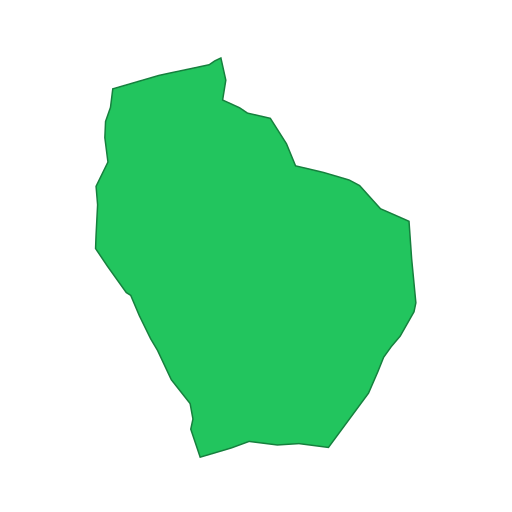 the district of Mandax, Dornogovi, Mongolia, rotated 350°
{"feature_id": "93677404B77969966506985", "entity_name": "Mandax", "entity_type": "district", "adm_level": 2, "iso_a3": "MNG", "parent_name": "Mongolia", "parent_adm1": "Dornogovi", "projection": "albers", "projection_center": [108.365, 44.195], "detail": "fine", "context": "isolated", "style": "filled", "palette": "green", "viewbox_px": 512, "rotation_deg": 350, "n_neighbors": 0, "source": "geoboundaries", "source_scale": "gbopen_adm2", "svg_char_len": 784}
<svg xmlns="http://www.w3.org/2000/svg" viewBox="0 0 512 512"><g transform="rotate(350 256 256)"><path d="M412.7,248.4L386.8,231.1L380.7,221.4L370.3,204.7L361.0,197.4L337.1,185.5L310.6,174.1L305.5,150.8L294.0,122.9L272.4,113.8L265.7,107.3L250.2,96.6L256.8,77.6L255.8,54.9L249.3,56.7L243.1,59.5L204.8,60.8L191.8,61.3L144.0,66.5L138.5,84.4L131.2,97.4L127.7,113.2L126.5,137.8L110.6,159.6L108.9,178.1L102.0,208.2L99.3,220.8L107.9,240.2L121.9,269.5L125.8,273.0L130.8,294.7L137.9,319.3L142.6,331.7L151.1,363.1L165.5,389.9L165.6,405.6L161.7,415.2L166.1,444.4L198.6,440.7L217.0,437.4L244.2,445.8L265.7,448.2L294.1,457.1L343.0,410.6L355.9,391.1L364.1,377.9L373.5,368.7L384.1,359.9L401.9,338.4L405.3,329.9L408.8,285.7L412.7,248.4Z" fill="#22c55e" stroke="#15803d" stroke-width="1.5"/></g></svg>